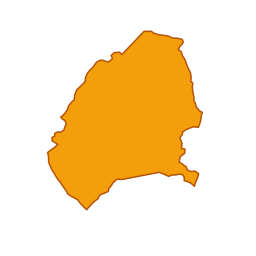 the district of Colombo, Paraná, Brazil, rotated 65°
{"feature_id": "56859067B90455613848292", "entity_name": "Colombo", "entity_type": "district", "adm_level": 2, "iso_a3": "BRA", "parent_name": "Brazil", "parent_adm1": "Paraná", "projection": "albers", "projection_center": [-49.18, -25.309], "detail": "fine", "context": "isolated", "style": "filled", "palette": "amber", "viewbox_px": 256, "rotation_deg": 65, "n_neighbors": 0, "source": "geoboundaries", "source_scale": "gbopen_adm2", "svg_char_len": 1731}
<svg xmlns="http://www.w3.org/2000/svg" viewBox="0 0 256 256"><g transform="rotate(65 128 128)"><path d="M81.0,169.0L83.3,173.0L85.6,175.1L87.8,178.7L89.0,181.4L89.7,184.3L92.3,183.6L94.7,182.0L98.1,182.2L100.2,184.6L102.9,187.2L103.3,190.7L101.8,193.6L102.0,196.8L104.5,197.9L104.5,201.0L107.8,202.1L113.1,198.6L114.5,202.3L115.1,206.1L116.2,211.2L120.0,212.0L123.8,213.7L127.3,214.6L131.5,214.6L134.3,214.5L137.9,214.1L141.2,213.8L144.6,213.3L149.7,212.2L153.1,211.7L156.9,210.9L159.6,210.5L162.4,210.5L165.7,208.5L168.3,206.5L171.7,204.0L176.4,203.0L181.5,201.2L184.5,200.0L182.2,194.6L180.4,190.1L179.5,185.2L177.5,183.1L176.8,180.2L177.1,176.4L177.1,172.7L174.6,170.7L173.3,167.7L171.4,165.0L169.7,159.4L172.1,155.2L175.9,140.1L180.1,123.4L181.3,118.4L184.7,115.2L189.0,111.6L189.2,108.1L190.8,104.3L191.4,101.2L193.0,98.6L196.4,97.8L199.5,99.3L202.0,96.4L204.7,94.3L208.8,92.4L205.3,89.2L202.5,85.9L199.2,83.3L195.2,85.7L194.0,89.4L191.4,91.9L187.7,91.7L184.7,93.4L180.4,95.9L176.1,93.0L174.9,87.4L171.2,85.3L169.0,88.2L165.0,85.6L158.8,85.1L157.1,81.9L154.6,79.8L154.0,75.5L154.5,68.2L157.1,64.0L154.8,61.4L151.5,58.6L147.5,56.2L145.3,54.1L142.7,56.0L137.6,57.2L134.4,56.5L131.2,56.7L127.8,55.1L122.6,54.0L117.4,52.1L114.8,50.3L111.9,51.4L109.5,49.6L104.2,48.0L97.9,48.2L91.6,47.6L88.9,47.5L86.2,48.1L81.2,47.6L78.2,49.2L76.2,46.9L75.2,44.1L73.5,41.6L70.6,41.4L67.5,45.3L65.2,49.8L61.6,52.7L58.4,57.5L56.4,60.9L53.1,64.4L50.0,66.2L48.8,69.2L47.2,72.6L58.8,102.4L55.8,103.6L53.8,108.6L55.1,112.5L58.7,112.9L59.9,118.1L56.1,122.1L54.8,124.5L55.1,128.9L58.2,134.4L59.5,138.3L61.5,142.0L64.2,145.1L67.7,147.2L69.8,152.3L71.7,158.3L75.6,162.4L79.7,164.8L81.0,169.0Z" fill="#f59e0b" stroke="#b45309" stroke-width="1.5"/></g></svg>